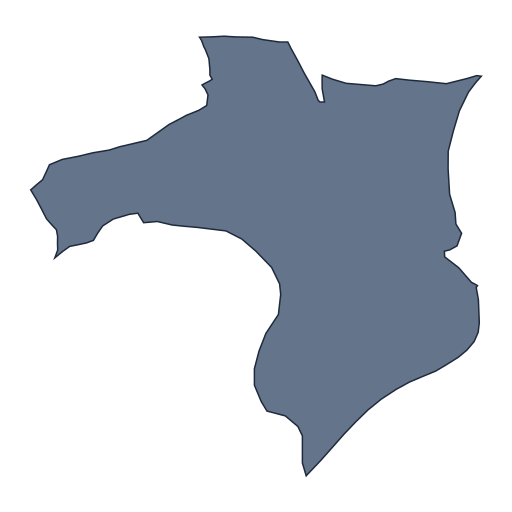 Mongiraud, Gros Islet, Saint Lucia (Mercator projection)
{"feature_id": "8701671B12183972503150", "entity_name": "Mongiraud", "entity_type": "district", "adm_level": 2, "iso_a3": "LCA", "parent_name": "Saint Lucia", "parent_adm1": "Gros Islet", "projection": "mercator", "projection_center": [-60.958, 14.063], "detail": "fine", "context": "isolated", "style": "filled", "palette": "slate", "viewbox_px": 512, "rotation_deg": 0, "n_neighbors": 0, "source": "geoboundaries", "source_scale": "gbopen_adm2", "svg_char_len": 1759}
<svg xmlns="http://www.w3.org/2000/svg" viewBox="0 0 512 512"><path d="M322.2,75.1L322.1,80.4L322.2,89.0L324.5,102.0L319.9,102.0L318.2,100.3L314.8,91.7L304.2,73.1L298.1,61.3L291.1,48.6L287.8,42.0L279.4,42.0L262.7,39.6L252.7,37.2L235.3,36.9L224.2,36.2L210.9,36.9L199.5,37.2L201.5,40.3L203.9,46.9L205.2,49.3L208.9,58.6L209.9,69.6L209.9,75.1L212.2,79.3L209.5,81.0L203.5,84.1L202.0,85.0L205.0,88.7L208.0,94.9L206.7,105.5L198.6,110.4L186.6,115.2L176.7,120.5L169.0,124.5L146.7,140.4L120.2,146.6L109.0,150.1L92.8,152.8L78.2,156.3L62.3,159.4L49.5,164.7L46.5,171.3L42.6,179.7L36.7,184.6L30.7,189.9L36.5,199.5L41.7,209.4L46.5,218.8L52.3,225.4L56.4,229.7L57.6,236.4L57.5,243.4L57.7,250.0L54.8,257.9L62.7,251.4L69.7,246.4L76.7,245.0L86.6,242.9L93.5,240.3L97.5,233.4L102.7,225.9L113.4,219.0L129.4,214.3L137.9,213.2L143.6,222.7L157.3,221.5L172.1,225.0L183.6,226.2L197.3,227.4L225.9,230.9L241.9,239.1L255.6,250.9L271.6,267.4L279.6,283.9L280.7,294.5L278.4,314.5L265.9,333.4L259.0,351.1L254.4,368.7L254.4,385.2L261.3,401.7L267.0,411.1L285.3,415.9L297.9,426.5L302.4,435.9L302.4,451.2L302.4,463.0L306.2,475.8L307.0,474.9L320.6,460.6L332.6,447.1L343.7,434.5L355.2,422.4L368.0,409.9L381.3,399.1L396.1,389.4L409.6,382.0L422.3,376.6L435.8,371.0L446.9,364.4L458.2,357.3L466.8,350.2L474.1,341.6L478.2,332.3L479.3,322.8L478.8,310.0L478.4,299.8L477.9,296.8L476.2,287.4L477.5,285.7L476.0,284.7L471.4,282.3L458.8,267.8L444.7,256.9L444.4,251.2L449.7,249.9L457.0,245.9L461.6,233.3L455.9,224.0L455.1,212.5L449.6,194.2L448.1,168.8L448.2,151.2L453.4,130.9L459.4,110.8L468.5,92.1L475.3,83.1L481.3,76.2L476.8,75.6L466.7,78.6L446.3,83.7L427.6,81.7L408.9,80.1L395.8,78.6L388.7,81.1L383.0,84.1L375.8,85.8L346.1,83.3L332.5,79.2L322.2,75.1Z" fill="#64748b" stroke="#1e293b" stroke-width="1.5"/></svg>